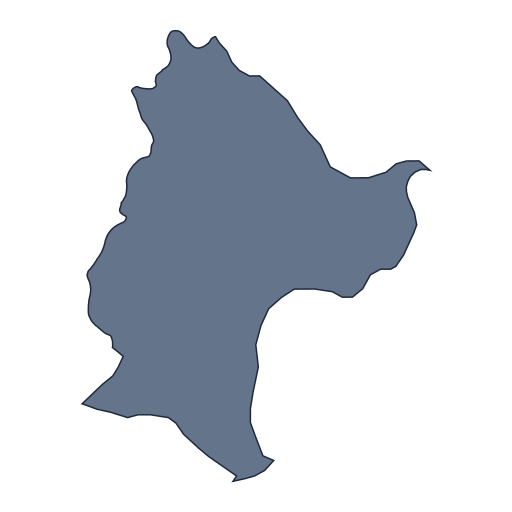 outline of Jasong, Chagang-do, North Korea
{"feature_id": "82179303B8327085431714", "entity_name": "Jasong", "entity_type": "district", "adm_level": 2, "iso_a3": "PRK", "parent_name": "North Korea", "parent_adm1": "Chagang-do", "projection": "equal_earth", "projection_center": [126.597, 41.451], "detail": "fine", "context": "isolated", "style": "filled", "palette": "slate", "viewbox_px": 512, "rotation_deg": 0, "n_neighbors": 0, "source": "geoboundaries", "source_scale": "gbopen_adm2", "svg_char_len": 5877}
<svg xmlns="http://www.w3.org/2000/svg" viewBox="0 0 512 512"><path d="M416.7,224.9L414.4,212.6L407.8,197.5L406.5,191.9L406.3,186.8L407.8,181.4L410.2,176.6L415.2,172.0L420.8,169.5L426.0,169.5L429.9,170.3L419.1,160.9L406.4,161.0L396.2,163.8L386.1,172.2L368.3,177.8L350.5,177.9L330.3,166.9L320.2,144.8L307.6,131.0L297.5,117.3L287.4,100.7L259.7,75.9L249.5,76.0L239.4,70.5L231.8,62.2L226.8,51.2L219.3,42.9L215.5,36.7L214.7,36.8L213.8,37.2L213.1,37.6L212.5,37.9L212.1,38.2L211.7,38.5L211.4,38.9L211.0,39.4L210.7,40.0L210.3,40.5L210.0,41.0L209.7,41.6L209.3,42.2L208.9,42.6L208.3,43.2L208.3,43.3L207.6,43.7L207.2,44.1L206.6,44.6L205.9,45.0L205.5,45.4L204.8,45.9L204.2,46.2L203.7,46.5L202.2,47.1L201.4,47.4L200.7,47.6L200.0,47.8L199.4,47.9L198.8,48.0L198.3,48.1L197.5,48.0L196.5,47.9L196.0,47.8L195.3,47.6L194.4,47.2L193.9,46.8L193.3,46.5L192.8,46.1L191.6,45.1L191.1,44.6L190.6,44.1L190.0,43.4L189.5,42.9L188.9,42.3L188.5,41.8L188.1,41.2L187.5,40.6L187.0,39.8L186.6,39.3L186.2,38.6L185.8,38.2L185.4,37.4L184.9,36.7L184.5,36.0L182.5,33.8L182.0,33.2L181.4,32.9L181.0,32.5L180.6,32.1L180.2,31.9L179.0,31.2L178.2,31.0L177.6,30.8L177.1,30.8L176.1,30.8L175.5,30.7L174.7,30.8L173.7,30.8L172.5,31.1L172.1,31.3L171.7,31.5L171.2,31.8L171.0,32.0L170.7,32.4L170.3,32.8L170.0,33.2L169.7,33.6L169.5,34.1L169.2,34.5L169.0,34.9L168.8,35.3L168.6,35.8L168.4,36.2L168.3,36.6L167.8,37.8L167.7,38.4L167.5,38.9L167.4,39.3L167.3,39.7L167.2,40.2L167.2,40.7L167.2,41.6L167.1,42.0L167.2,42.6L167.1,43.1L167.3,44.5L167.4,45.2L167.6,45.8L167.7,46.4L167.9,46.7L168.2,47.2L168.4,47.7L168.7,48.2L169.0,48.9L169.4,50.0L169.7,50.7L169.9,51.7L170.1,52.4L170.4,53.2L170.5,53.8L170.7,54.5L170.8,55.3L170.9,56.1L170.9,57.3L171.0,58.5L170.9,59.4L170.7,60.2L170.4,61.1L170.1,62.2L169.8,62.9L169.4,63.5L169.2,64.2L168.8,64.8L168.3,65.4L168.0,65.9L167.6,66.3L166.9,66.8L165.8,67.7L165.0,68.1L164.5,68.5L164.0,68.9L163.2,69.3L162.4,69.8L161.7,71.1L161.0,71.7L160.3,72.2L159.5,72.8L158.5,73.5L157.7,74.2L157.0,74.8L156.5,75.6L156.1,76.8L155.8,77.8L155.7,78.7L155.7,79.6L155.5,80.4L155.4,81.3L155.5,82.0L156.1,83.9L156.2,84.8L156.2,85.8L155.7,86.5L154.4,87.4L153.8,87.9L153.0,88.4L151.8,88.7L150.9,88.8L149.8,88.9L148.4,88.9L147.4,88.8L146.1,88.7L144.9,88.6L143.7,88.5L142.5,88.3L141.2,88.0L140.4,87.8L139.4,87.6L138.7,87.2L138.1,86.9L137.1,86.7L135.9,86.8L135.4,87.2L134.7,87.5L134.1,87.8L133.5,88.3L132.7,88.9L131.9,89.9L131.7,90.4L131.6,91.0L132.3,92.4L132.6,93.1L133.1,93.9L133.6,95.0L134.1,95.8L134.6,96.8L135.5,98.4L135.8,99.2L136.5,101.1L136.7,102.1L137.1,103.1L137.4,104.4L137.6,105.4L138.0,106.5L138.2,107.6L138.4,108.6L138.7,109.6L140.0,112.9L140.3,113.9L140.9,115.9L141.2,117.0L141.6,117.9L142.0,118.8L142.5,119.7L143.0,120.4L143.5,121.2L144.1,121.8L144.6,122.5L145.2,123.1L145.6,123.8L146.1,124.3L146.6,125.0L147.0,125.8L147.4,126.5L147.9,127.2L148.3,128.0L148.7,128.8L149.3,129.7L149.7,130.5L150.8,132.3L151.2,133.1L151.8,134.2L152.2,135.2L152.6,136.1L153.3,138.7L153.5,139.5L153.6,141.4L153.5,141.9L153.2,142.5L152.8,143.3L152.4,143.9L152.0,144.5L151.8,145.1L151.4,146.5L151.2,149.6L151.1,150.6L150.8,152.3L150.6,153.1L150.3,153.8L150.1,154.5L149.7,155.3L149.3,156.0L148.6,156.4L147.9,156.7L147.1,156.9L146.4,157.2L145.4,157.3L144.4,157.6L143.8,157.7L142.6,158.1L141.7,158.4L140.9,158.7L138.8,160.2L137.9,160.9L137.1,161.7L135.2,163.6L133.5,165.3L133.0,165.8L132.3,166.7L131.9,167.4L131.4,168.0L130.3,169.6L129.9,170.4L129.4,171.1L128.9,172.0L128.3,173.4L128.1,173.9L127.9,174.4L127.1,176.8L126.7,178.5L126.6,179.4L126.5,180.2L126.5,180.7L126.4,181.4L126.6,182.3L126.7,184.0L126.9,186.1L126.8,186.3L126.8,187.1L126.8,187.9L126.8,188.7L126.6,189.4L126.5,190.3L126.5,191.1L126.2,193.1L125.9,194.4L125.6,195.7L125.2,196.5L124.9,197.2L124.6,197.7L124.3,198.1L123.9,198.8L123.6,199.4L123.1,200.4L122.8,200.9L121.9,202.0L121.3,202.6L121.2,203.1L121.3,203.8L121.1,204.5L120.7,206.3L119.9,208.4L119.8,209.3L119.6,210.4L119.9,211.5L120.2,212.2L120.7,212.7L121.3,213.4L122.3,214.1L123.0,214.7L123.7,215.0L124.5,215.5L125.4,216.0L125.9,216.4L126.3,217.1L126.3,217.6L126.0,219.0L125.6,219.8L125.0,220.8L124.3,221.6L123.5,222.1L121.5,223.0L120.4,223.5L119.7,223.9L117.9,224.7L117.3,225.1L115.4,226.3L114.2,227.2L113.4,227.8L112.3,228.8L111.5,229.7L109.9,231.5L109.0,232.7L108.2,233.9L107.5,235.3L106.7,236.6L106.3,238.0L105.7,239.5L105.2,241.1L105.0,242.6L104.2,245.3L103.8,246.7L103.2,248.2L102.9,249.3L102.3,250.6L101.5,252.4L100.8,253.5L99.4,255.9L98.4,257.4L97.3,258.8L96.5,260.2L95.5,261.8L94.5,263.2L93.8,264.4L93.1,265.3L92.4,266.1L91.6,267.2L91.0,268.0L90.1,269.2L89.1,270.1L88.4,271.0L87.9,271.9L87.7,272.9L87.4,273.6L87.1,274.6L87.2,276.0L87.4,276.8L87.8,277.8L88.1,278.8L88.5,279.7L89.0,280.7L89.3,281.4L89.7,282.6L90.0,283.9L90.5,286.5L90.6,288.0L90.7,289.6L90.6,291.5L90.4,292.7L90.3,294.0L90.0,295.3L89.3,298.4L89.0,299.8L88.8,302.1L88.7,303.1L88.5,304.5L88.4,306.3L88.4,307.7L88.3,309.0L88.3,311.3L88.5,313.8L88.8,315.2L89.3,316.5L89.8,317.6L90.4,318.6L90.9,319.8L91.6,320.9L92.6,322.3L93.7,323.4L94.8,324.6L95.7,325.5L96.8,326.2L97.6,326.9L98.3,327.6L99.1,328.3L100.2,329.0L101.0,329.9L101.9,330.6L103.1,331.5L104.1,332.5L105.1,333.1L106.2,333.8L107.1,334.2L108.1,334.5L109.3,335.1L110.2,335.5L110.9,336.3L111.4,337.4L111.8,338.6L112.2,340.1L112.5,341.4L112.6,342.7L112.6,344.0L112.7,345.9L112.5,347.3L112.4,347.6L115.4,349.8L123.2,356.4L118.0,367.5L112.8,375.9L102.6,384.2L82.1,403.8L97.3,409.3L110.0,412.1L127.7,417.6L137.9,414.8L150.6,414.8L168.4,417.6L176.0,423.2L183.6,434.3L198.7,448.2L208.8,456.6L236.6,476.0L233.0,481.3L244.3,478.8L254.5,476.0L264.7,470.4L273.7,460.5L262.9,455.8L255.4,436.4L250.4,422.6L250.4,408.7L253.1,392.0L258.3,367.0L255.8,344.8L261.0,325.4L268.7,308.7L281.4,297.5L294.2,289.1L314.5,289.0L332.3,291.7L342.4,297.2L352.5,297.1L362.7,288.7L370.4,274.8L380.6,269.2L390.7,269.2L395.8,266.4L403.5,255.2L413.7,233.0L416.7,224.9Z" fill="#64748b" stroke="#1e293b" stroke-width="1.5"/></svg>